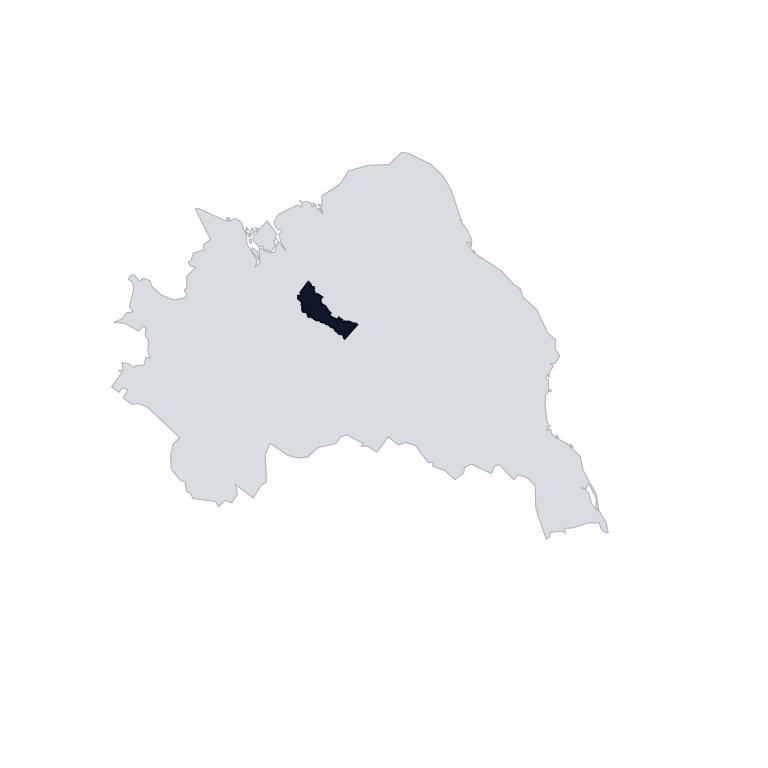 location of São Félix do Xingu, Pará, Brazil, rotated 306°
{"feature_id": "56859067B65108742349990", "entity_name": "São Félix do Xingu", "entity_type": "district", "adm_level": 2, "iso_a3": "BRA", "parent_name": "Brazil", "parent_adm1": "Pará", "projection": "equal_earth", "projection_center": [-52.202, -7.461], "detail": "fine", "context": "in_parent", "style": "filled", "palette": "ink", "viewbox_px": 768, "rotation_deg": 306, "n_neighbors": 0, "source": "geoboundaries", "source_scale": "gbopen_adm2", "svg_char_len": 9405}
<svg xmlns="http://www.w3.org/2000/svg" viewBox="0 0 768 768"><g transform="rotate(306 384 384)"><path d="M252.8,172.2L258.3,178.7L265.3,175.6L267.5,179.7L271.4,173.8L280.9,167.9L282.9,162.2L289.0,159.0L289.5,155.4L282.6,154.1L280.8,138.7L274.9,129.0L282.9,133.9L290.1,133.7L295.1,138.7L296.7,132.7L314.6,125.3L318.6,120.3L318.4,115.6L323.7,115.4L325.3,117.6L323.6,125.4L328.3,127.5L329.9,133.8L326.7,138.7L325.1,151.4L328.6,164.8L337.0,172.5L340.7,171.3L342.5,167.1L345.7,168.0L355.3,161.0L367.5,163.2L365.7,157.5L367.6,153.8L369.9,155.5L377.8,152.8L386.8,159.5L390.6,156.2L399.0,158.6L414.8,128.5L417.3,131.6L422.7,159.3L425.3,163.6L430.6,166.0L431.2,173.1L422.2,186.4L416.7,190.7L409.3,208.9L402.2,211.5L409.7,212.0L420.8,202.8L422.9,214.5L425.9,218.1L437.4,214.1L434.0,227.2L438.5,216.7L443.7,210.6L446.3,212.4L447.5,210.5L446.5,205.8L450.0,200.0L458.9,198.7L477.9,208.7L479.3,213.9L481.9,210.3L486.4,214.3L487.6,218.6L485.3,221.6L486.3,223.1L488.6,220.2L489.2,223.0L487.0,226.0L485.6,234.9L488.6,231.2L490.8,224.5L491.2,229.3L499.7,223.2L519.7,230.8L535.6,230.1L551.2,242.2L564.7,259.1L581.7,262.1L585.0,268.3L589.2,292.6L587.3,308.4L580.4,324.3L561.6,350.5L561.6,348.4L558.0,360.2L552.0,370.6L549.3,372.2L547.4,367.6L545.7,369.9L543.0,381.0L544.5,412.7L540.8,430.9L541.1,438.2L535.8,445.7L534.0,463.9L521.4,486.7L520.7,497.1L513.4,501.3L509.8,509.9L500.5,510.2L498.6,506.9L497.8,510.5L483.5,511.4L484.1,514.4L475.0,521.5L469.8,521.4L460.7,527.4L449.3,538.1L447.1,543.2L445.1,541.3L444.4,543.6L441.8,542.6L445.1,545.7L442.4,549.0L441.5,554.7L443.3,567.0L440.7,585.3L431.2,595.7L419.5,620.5L408.6,631.6L408.4,627.9L416.1,623.4L422.9,609.8L423.1,607.4L418.6,608.9L415.9,604.5L417.3,608.8L416.0,613.9L409.3,622.1L407.1,628.7L407.7,632.3L402.7,644.8L395.7,652.6L394.2,651.5L394.1,645.3L398.1,639.7L391.8,630.9L378.0,620.8L373.7,615.2L369.8,618.2L369.4,614.2L361.5,605.5L357.8,607.8L353.9,606.5L370.5,582.6L372.5,582.8L372.1,580.4L390.7,566.0L392.3,554.1L388.9,545.4L382.8,545.4L386.5,524.8L382.6,521.7L374.6,523.5L370.6,501.9L364.0,498.1L359.0,500.8L348.4,497.7L349.7,483.4L346.2,472.0L349.3,469.5L346.4,466.3L352.7,445.2L349.1,435.5L343.3,431.7L343.7,418.5L324.8,418.3L324.0,407.4L320.4,402.1L323.6,401.9L320.9,383.8L315.0,379.7L307.6,380.2L294.1,368.2L280.0,365.0L274.0,358.5L269.7,348.3L269.3,326.7L257.0,329.4L235.9,346.4L229.6,344.2L214.9,345.0L215.5,322.9L208.4,330.3L198.5,330.8L196.3,323.9L187.6,322.5L189.9,316.6L178.8,296.4L181.7,292.9L181.2,287.2L187.6,281.0L186.5,275.8L190.0,262.0L200.8,253.3L211.8,248.6L220.5,250.4L226.2,206.5L223.8,196.7L219.2,191.5L219.4,181.3L228.8,180.2L227.2,174.7L221.5,174.5L221.6,165.3L239.1,165.2L239.0,161.4L241.7,164.8L247.3,159.6L250.2,165.4L250.6,172.7L252.8,172.2ZM427.6,191.2L447.1,193.7L442.4,209.2L438.9,209.5L438.2,212.2L435.4,210.9L432.2,214.9L424.8,214.9L422.2,207.1L424.1,205.2L421.8,202.4L423.4,193.4L427.6,191.2ZM410.9,209.8L413.9,198.7L417.0,197.2L416.8,204.0L410.9,209.8ZM432.9,185.7L431.0,189.9L426.6,188.9L427.3,186.3L432.9,185.7ZM426.3,181.2L425.5,189.6L423.6,188.8L426.3,181.2ZM436.0,191.1L433.2,191.6L432.0,190.9L435.4,188.4L436.0,191.1ZM423.3,191.4L420.4,194.2L419.3,192.7L421.3,190.2L423.3,191.4ZM428.6,184.0L427.2,182.2L429.6,180.5L429.8,182.1L428.6,184.0ZM427.0,162.1L425.4,162.5L425.0,159.4L426.6,159.2L427.0,162.1ZM443.9,574.6L443.4,572.1L444.7,569.7L445.0,570.4L443.9,574.6ZM476.6,520.5L477.0,523.4L475.1,522.8L476.6,520.5ZM443.1,556.4L442.3,554.9L443.6,553.3L444.0,554.0L443.1,556.4ZM488.1,229.4L486.9,232.5L488.1,228.0L488.1,229.4ZM548.3,372.7L546.3,373.6L547.6,371.2L548.3,372.7ZM488.6,512.6L486.7,513.5L486.3,513.0L487.5,511.7L488.6,512.6ZM545.0,378.4L544.2,380.1L543.8,379.0L545.0,378.4ZM483.0,207.5L483.1,209.2L482.5,209.0L483.0,207.5Z" fill="#d9dde1" stroke="#a8b0b8" stroke-width="1"/><path d="M397.3,325.8L416.4,327.6L416.3,327.3L416.5,327.1L416.6,326.6L416.3,326.3L416.2,325.8L416.3,325.2L416.2,325.2L415.9,324.9L415.9,324.7L415.6,324.6L415.8,324.4L415.7,324.2L415.3,323.8L415.1,323.5L415.0,323.2L414.8,322.8L414.8,322.5L414.6,322.5L414.5,322.2L414.7,321.5L414.7,321.3L414.5,321.1L414.6,320.2L414.4,320.2L414.1,319.4L413.9,319.6L414.0,319.4L413.9,319.1L413.6,318.7L413.7,318.1L413.7,317.9L413.4,318.0L413.0,317.6L412.8,317.7L412.6,317.5L412.6,317.3L412.3,317.2L412.2,316.9L411.8,316.4L412.0,315.9L411.9,315.3L411.8,315.1L411.4,315.1L410.5,315.4L409.9,314.7L410.0,314.1L410.9,313.5L411.4,312.9L411.4,312.7L411.5,312.1L411.5,311.2L411.2,310.9L411.3,310.8L411.1,310.4L411.4,309.1L411.6,308.7L411.5,308.1L411.4,308.0L410.6,308.6L410.3,308.6L410.0,308.9L409.8,308.9L409.6,308.6L409.2,308.6L408.9,308.4L408.8,307.4L408.6,307.4L408.3,307.1L408.4,306.8L408.2,306.8L408.4,306.2L408.4,305.7L407.9,305.2L407.8,304.4L407.6,304.3L407.8,303.5L407.6,303.5L407.4,303.2L407.7,302.5L407.4,302.3L407.5,302.1L407.3,301.6L407.4,301.3L407.4,301.0L407.5,301.1L407.8,300.8L407.6,300.6L407.6,300.1L407.8,299.6L408.1,299.4L408.1,299.1L408.3,299.1L408.6,299.0L408.7,298.8L409.0,298.9L409.2,299.1L409.3,299.0L409.3,299.3L409.5,299.4L409.7,299.2L409.8,298.8L410.2,298.6L410.3,298.7L410.3,298.1L410.5,297.8L410.2,297.7L410.4,297.4L410.4,296.3L410.5,296.5L410.5,296.0L410.8,295.5L411.0,295.4L411.1,294.7L411.6,293.8L411.6,293.5L411.4,293.3L411.7,292.9L411.7,292.7L411.9,292.6L411.9,292.0L412.0,292.0L412.3,291.7L412.5,291.7L412.5,291.4L412.7,291.2L412.8,290.7L412.7,290.1L412.7,289.8L412.6,289.4L412.2,288.4L411.8,288.0L412.0,287.6L412.4,287.6L412.4,287.3L412.4,287.1L412.0,287.2L412.3,286.7L412.0,286.3L412.0,285.7L412.6,285.8L413.1,285.3L413.3,285.1L413.5,285.0L413.4,284.7L413.5,284.6L413.5,284.1L414.3,283.6L414.6,283.7L415.0,283.4L416.2,282.6L416.5,282.6L416.7,282.9L417.0,283.2L417.8,283.1L418.0,283.3L418.3,283.2L418.1,282.8L418.2,282.5L418.0,282.2L418.1,281.7L417.9,281.6L417.9,281.3L417.7,281.1L417.9,280.9L418.1,280.5L418.1,279.8L417.9,279.7L418.0,279.1L417.7,279.0L417.5,278.5L417.6,278.2L417.9,278.2L418.1,277.4L417.5,276.9L417.3,277.0L417.3,276.8L417.0,276.9L416.7,275.9L415.8,275.1L415.6,275.2L415.5,274.8L415.9,274.0L416.2,273.9L416.7,274.3L417.1,274.4L417.1,274.1L417.3,273.9L417.8,273.9L417.9,273.7L417.9,273.4L418.3,273.3L418.5,272.7L418.4,272.6L418.5,272.3L418.4,272.0L418.7,271.3L418.9,271.4L419.1,271.1L419.3,271.2L419.3,271.4L419.6,271.4L419.8,271.5L420.0,271.4L420.3,271.6L420.5,271.3L420.4,271.2L420.5,271.0L420.5,270.8L420.7,270.4L420.6,270.1L421.2,270.3L420.9,269.2L420.4,269.2L420.1,269.0L420.2,268.3L420.1,267.9L420.2,267.7L421.0,267.2L420.8,266.5L421.0,266.4L421.3,266.1L421.6,266.1L421.9,266.0L421.7,264.9L422.0,264.6L422.0,263.7L422.1,263.4L422.5,263.4L422.6,262.8L422.2,262.8L422.1,262.6L421.9,262.6L421.6,262.5L421.1,262.8L420.7,262.5L420.5,262.4L408.6,262.4L408.3,263.3L408.4,263.5L408.4,263.8L408.0,264.1L407.9,264.4L407.9,264.7L408.0,265.3L407.6,264.8L407.3,264.5L407.0,264.6L406.5,264.1L406.2,264.2L406.2,263.9L406.3,263.5L406.0,263.1L405.5,262.8L405.2,263.2L404.9,262.9L404.8,262.7L404.7,262.5L404.2,263.2L404.0,263.4L403.6,263.6L403.4,263.5L403.3,263.4L403.1,263.6L402.7,263.7L402.2,264.5L402.3,265.0L402.4,265.3L402.3,265.5L402.4,266.0L402.1,266.4L402.2,266.6L402.1,267.0L401.9,267.5L402.0,268.5L401.8,269.0L401.9,269.5L401.3,269.9L401.4,270.1L401.0,270.5L400.4,270.1L400.2,270.4L400.0,270.2L399.7,270.3L399.5,270.7L399.3,270.8L399.4,271.1L399.4,271.5L399.2,271.6L398.9,272.2L398.6,272.3L398.3,272.7L398.1,272.7L398.0,272.8L397.9,272.8L397.8,272.5L397.5,272.6L397.3,273.0L397.2,273.0L397.2,273.3L397.1,273.6L396.6,273.8L396.4,273.6L396.1,273.7L396.1,273.9L395.7,274.2L395.8,274.7L395.4,274.9L395.3,275.2L395.0,275.1L394.8,275.3L394.6,275.6L394.6,275.8L394.8,276.1L395.1,276.3L395.0,276.9L395.4,276.8L395.7,277.7L395.9,278.0L396.0,278.2L395.9,278.5L396.3,278.6L396.2,279.2L396.4,279.2L396.4,279.5L396.6,279.7L396.7,280.1L396.4,280.4L396.8,280.9L396.6,281.2L396.4,281.1L396.4,281.3L396.2,281.3L396.2,281.5L395.9,281.0L395.6,281.1L395.5,280.9L395.4,281.0L395.2,281.2L395.4,281.5L394.7,282.8L394.4,282.4L394.2,282.2L394.0,282.3L393.7,282.9L393.9,283.2L393.8,283.4L393.9,283.8L393.8,284.0L394.0,284.1L394.5,284.6L394.8,284.6L395.1,285.0L396.0,285.4L396.2,286.0L395.6,286.6L395.6,287.0L395.3,287.1L395.8,287.8L395.3,288.9L395.5,289.5L395.4,289.6L396.0,290.2L396.0,290.5L395.4,291.3L395.4,291.5L395.5,291.6L395.5,291.8L395.8,292.0L396.2,292.8L396.8,293.4L396.9,293.6L396.8,293.9L397.1,294.2L397.3,294.0L397.4,294.9L397.7,295.3L397.2,296.3L396.9,296.4L397.1,296.7L397.1,296.9L397.2,297.2L397.3,297.1L397.5,297.4L397.4,297.8L397.5,297.8L397.6,298.2L398.0,298.2L398.4,298.8L398.3,299.1L398.4,299.4L398.3,299.5L398.7,299.8L398.8,300.2L398.4,300.6L398.5,300.9L398.1,301.1L398.0,301.5L398.5,301.8L398.4,302.1L398.5,302.6L398.9,302.5L399.0,303.0L398.8,303.1L399.2,303.8L399.0,304.4L399.5,304.9L399.3,305.5L399.4,305.8L399.0,306.0L399.0,306.5L398.6,306.9L398.8,307.0L399.0,307.5L399.3,307.5L399.3,308.1L399.7,308.7L399.6,308.8L399.3,308.7L399.1,308.9L399.2,309.5L399.5,309.6L399.6,309.9L399.6,310.2L399.9,310.7L399.7,311.1L399.7,311.5L399.2,311.8L399.4,312.0L399.2,312.3L399.5,312.6L399.4,312.9L398.6,312.6L398.3,312.9L398.3,313.2L398.5,313.6L398.4,313.8L398.6,313.8L398.8,314.4L398.5,315.6L398.1,316.1L398.3,316.3L398.1,316.8L398.2,317.1L398.5,317.6L398.3,317.7L398.3,318.0L398.0,318.1L397.8,318.4L397.8,318.7L398.4,318.9L399.1,319.9L398.9,320.2L399.0,320.4L399.5,322.1L399.3,322.7L399.5,323.1L399.2,323.2L398.7,323.4L398.2,323.4L398.1,324.2L397.4,324.7L397.3,325.8Z" fill="#0f172a" stroke="#020617" stroke-width="1.5"/></g></svg>